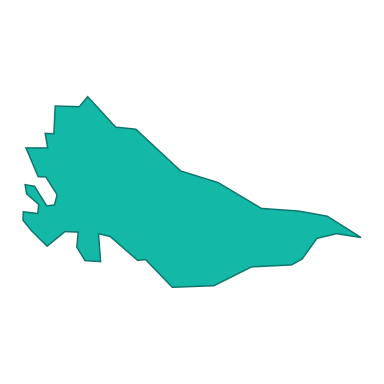 outline of Taylak, Samarkand, Uzbekistan
{"feature_id": "79887680B65824401013757", "entity_name": "Taylak", "entity_type": "district", "adm_level": 2, "iso_a3": "UZB", "parent_name": "Uzbekistan", "parent_adm1": "Samarkand", "projection": "equal_earth", "projection_center": [67.152, 39.543], "detail": "fine", "context": "isolated", "style": "filled", "palette": "teal", "viewbox_px": 384, "rotation_deg": 0, "n_neighbors": 0, "source": "geoboundaries", "source_scale": "gbopen_adm2", "svg_char_len": 657}
<svg xmlns="http://www.w3.org/2000/svg" viewBox="0 0 384 384"><path d="M361.0,237.5L327.2,216.2L299.0,211.1L261.3,208.4L218.1,182.6L180.7,171.0L135.8,129.2L115.6,127.1L87.7,96.7L79.2,106.7L55.2,106.0L53.9,133.7L45.2,133.4L47.7,148.0L26.0,147.9L38.2,176.7L45.8,176.9L57.1,194.7L54.5,204.9L46.8,205.9L34.4,186.2L25.1,184.7L26.6,193.8L38.7,204.5L37.8,213.5L23.3,211.8L23.0,220.3L31.6,230.8L47.1,246.2L64.9,231.6L78.2,232.1L76.8,247.1L85.0,260.6L100.6,261.6L98.5,233.7L110.2,236.5L137.5,260.3L145.6,259.6L172.3,287.3L214.0,285.7L251.4,266.9L291.6,264.9L302.2,258.9L316.9,238.4L336.5,233.7L361.0,237.5Z" fill="#14b8a6" stroke="#0f766e" stroke-width="1.5"/></svg>